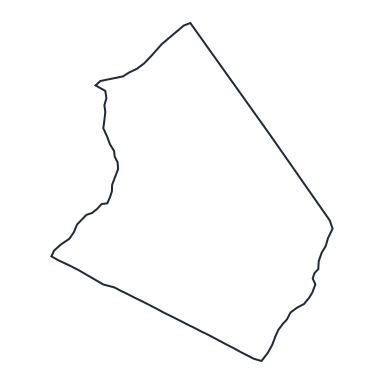 the district of Carrasco Bonito, Tocantins, Brazil
{"feature_id": "56859067B48669193450299", "entity_name": "Carrasco Bonito", "entity_type": "district", "adm_level": 2, "iso_a3": "BRA", "parent_name": "Brazil", "parent_adm1": "Tocantins", "projection": "albers", "projection_center": [-48.022, -5.331], "detail": "fine", "context": "isolated", "style": "outline", "palette": "slate", "viewbox_px": 384, "rotation_deg": 0, "n_neighbors": 0, "source": "geoboundaries", "source_scale": "gbopen_adm2", "svg_char_len": 1144}
<svg xmlns="http://www.w3.org/2000/svg" viewBox="0 0 384 384"><path d="M261.5,361.0L267.9,352.7L272.3,344.7L275.3,336.6L278.4,329.8L282.7,324.0L287.0,319.4L290.4,312.6L297.0,307.7L304.0,304.0L309.2,297.7L312.3,292.6L315.4,284.3L312.7,278.5L314.5,273.1L318.3,269.1L318.7,261.3L321.7,252.7L325.7,246.1L328.0,238.1L332.6,228.7L329.8,220.5L268.8,133.1L190.3,23.0L183.7,25.6L162.0,43.9L151.2,56.0L144.1,63.4L136.9,68.8L129.3,72.4L123.0,76.4L110.1,79.0L100.4,81.0L95.5,85.4L105.3,90.9L106.4,98.1L104.4,105.3L105.3,111.9L104.4,120.1L103.3,128.2L106.8,135.9L110.1,144.5L114.1,151.0L114.7,156.7L117.6,162.3L118.1,169.1L115.0,177.2L112.1,184.9L111.9,191.4L109.9,197.5L107.3,203.3L101.6,204.1L97.1,208.9L92.2,212.9L86.4,214.9L82.2,219.2L77.1,224.4L73.9,232.2L69.3,238.8L60.6,244.7L54.0,250.7L51.4,256.4L58.8,260.5L69.9,265.7L78.2,269.9L103.3,284.5L114.4,287.4L121.3,291.1L126.3,293.4L133.0,296.9L144.7,302.6L155.4,308.1L164.3,312.9L173.1,317.2L181.1,321.2L189.4,325.5L194.3,327.8L200.9,331.3L206.8,334.1L215.4,338.6L221.9,342.1L226.8,344.7L233.5,348.1L240.2,351.8L247.7,355.6L253.7,358.7L261.5,361.0Z" fill="none" stroke="#1e293b" stroke-width="2"/></svg>